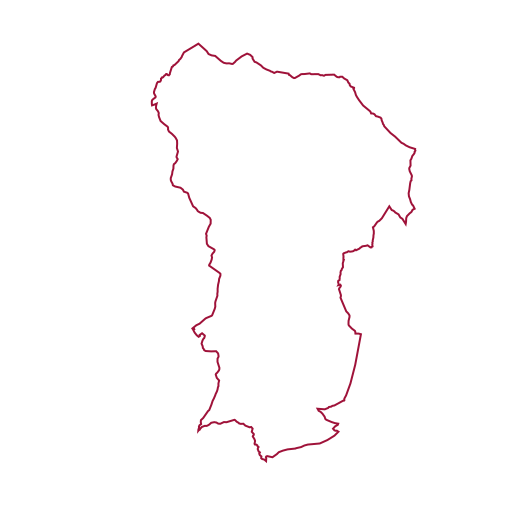 the district of Tomesti, Timis, Romania, rotated 195°
{"feature_id": "2599482B57417690654468", "entity_name": "Tomesti", "entity_type": "district", "adm_level": 2, "iso_a3": "ROU", "parent_name": "Romania", "parent_adm1": "Timis", "projection": "mercator", "projection_center": [22.341, 45.744], "detail": "fine", "context": "isolated", "style": "outline", "palette": "rose", "viewbox_px": 512, "rotation_deg": 195, "n_neighbors": 0, "source": "geoboundaries", "source_scale": "gbopen_adm2", "svg_char_len": 6075}
<svg xmlns="http://www.w3.org/2000/svg" viewBox="0 0 512 512"><g transform="rotate(195 256 256)"><path d="M378.3,434.0L379.2,430.1L379.3,428.9L380.1,426.8L381.1,425.3L381.2,424.2L384.2,419.3L385.1,418.8L385.3,417.6L386.2,416.8L386.5,410.3L386.3,409.3L386.9,408.0L388.0,407.9L389.3,408.7L390.0,408.4L390.4,407.2L391.1,406.7L392.0,404.6L393.0,404.2L393.1,403.4L393.7,402.8L393.3,401.4L393.6,399.8L394.0,399.4L395.8,398.8L396.4,397.3L396.5,392.4L396.9,391.2L397.0,387.9L396.5,386.6L394.3,384.3L394.1,383.8L394.2,383.1L395.9,381.0L396.7,379.6L396.7,378.5L396.0,376.0L395.4,374.6L393.4,375.9L391.4,377.5L391.4,375.4L391.0,373.2L390.5,372.2L388.2,370.5L387.1,369.2L386.8,368.4L386.7,367.1L385.6,365.1L383.1,361.7L378.8,359.6L374.8,358.0L374.1,357.1L373.7,355.4L372.3,353.7L368.8,352.2L365.5,350.3L364.3,349.4L362.2,347.2L361.2,344.0L360.4,339.9L358.4,336.7L358.5,331.4L358.2,330.7L356.7,329.3L357.1,327.4L358.0,324.9L359.1,323.4L359.1,322.0L358.4,319.0L358.6,316.1L358.2,313.2L358.5,309.2L358.0,307.4L357.3,306.3L355.3,304.2L354.6,302.8L352.1,302.2L346.6,302.4L343.8,301.2L342.3,299.5L338.9,299.3L337.8,298.8L335.5,294.9L329.6,287.7L326.8,286.7L325.1,285.5L324.0,284.4L323.1,284.0L320.7,283.4L318.4,283.8L313.7,282.2L310.5,280.8L309.1,279.2L308.2,275.5L309.1,272.1L310.0,264.5L308.9,262.8L308.8,261.3L306.6,255.1L304.5,253.2L298.3,251.6L297.5,251.1L297.4,250.7L297.5,249.2L298.6,247.1L299.1,244.9L298.1,243.3L297.9,241.1L298.2,237.9L298.9,235.5L298.8,234.6L286.8,230.2L285.7,229.5L285.3,227.7L285.7,224.3L285.3,222.0L285.2,218.6L284.6,214.4L283.8,211.5L283.6,209.5L283.0,207.6L283.4,201.8L283.3,200.1L282.2,196.5L282.2,194.2L283.0,187.7L283.1,187.2L283.6,186.6L288.1,183.1L288.8,182.3L293.0,176.0L295.7,173.7L298.7,169.5L298.1,169.0L297.8,169.3L297.9,169.5L297.1,169.8L296.7,169.3L297.6,168.5L295.4,166.1L292.7,164.1L290.5,163.1L289.5,164.3L290.0,165.1L288.1,167.4L284.9,165.9L284.7,165.0L284.8,163.3L285.3,162.6L285.8,160.6L285.9,157.2L284.2,155.1L283.5,153.4L282.6,152.8L281.6,151.6L280.0,151.2L274.5,152.3L269.9,153.7L267.8,152.4L267.3,151.9L266.2,149.5L266.2,148.6L266.6,147.0L265.8,143.8L262.4,138.5L262.1,137.1L262.2,135.9L263.3,133.2L264.1,132.0L264.2,131.0L262.3,128.1L259.4,126.2L259.3,123.1L258.6,120.6L258.8,119.4L258.6,117.1L258.7,115.1L259.3,111.9L259.3,111.0L259.8,107.5L260.4,104.8L260.6,100.8L261.3,95.1L262.2,93.8L265.1,85.8L266.7,83.2L266.4,81.4L265.5,79.4L266.7,78.0L267.0,76.6L266.6,75.5L266.7,73.4L266.5,72.3L266.1,73.2L265.5,73.5L265.1,74.9L264.0,76.9L261.5,78.7L260.0,79.0L259.0,79.6L257.5,81.1L256.1,83.3L253.3,84.7L251.1,84.9L249.1,84.3L247.1,84.7L244.0,87.3L241.5,87.8L234.4,92.2L233.8,92.1L231.7,90.9L229.7,90.4L229.0,89.9L227.3,89.9L224.8,90.7L222.4,89.4L217.8,88.9L216.4,89.6L214.6,88.4L214.6,85.1L212.0,83.4L211.9,82.5L212.4,81.4L212.4,80.8L210.3,78.9L209.2,77.4L209.0,76.9L208.8,74.2L208.1,73.6L207.2,73.9L206.5,73.8L205.7,73.4L205.2,72.6L204.1,72.1L204.4,71.0L204.4,70.0L202.8,67.8L201.4,67.3L201.7,65.9L200.8,64.7L198.9,63.8L198.7,62.1L197.6,61.5L195.3,61.5L193.2,60.5L193.8,63.4L194.4,64.3L194.2,65.0L193.4,65.6L188.0,65.9L184.6,70.0L183.2,72.4L179.6,75.0L175.4,77.4L167.9,80.3L167.6,80.7L163.0,83.1L160.2,85.5L157.1,87.3L145.9,91.4L139.4,96.7L133.7,102.8L130.9,107.6L132.7,108.2L133.9,107.8L135.1,107.9L136.9,109.1L135.5,111.9L133.3,114.1L133.2,115.3L136.6,115.0L140.1,115.2L145.7,116.0L146.9,116.6L148.1,118.5L151.0,120.9L153.3,122.2L155.4,122.7L157.0,124.4L149.9,125.7L147.0,127.9L146.5,129.0L144.3,130.0L143.5,131.0L141.6,131.9L134.5,138.7L133.5,139.1L133.3,139.6L133.7,140.5L133.7,141.4L132.9,144.6L131.8,157.3L132.0,176.5L134.4,207.6L136.7,207.6L139.9,206.8L140.4,208.3L141.1,209.3L144.6,210.7L148.4,213.0L149.0,214.0L149.8,217.3L149.9,221.4L150.3,222.8L152.0,224.4L154.5,225.9L163.6,237.6L163.6,239.4L164.0,240.4L167.3,245.5L167.2,246.4L166.4,248.3L166.3,249.2L167.1,250.1L168.9,249.1L168.7,249.9L170.0,252.1L170.1,253.4L169.1,254.3L169.4,256.3L169.8,257.4L169.6,260.5L170.1,261.9L170.2,263.7L169.7,264.5L169.7,265.8L169.1,267.7L170.3,271.4L170.2,274.7L170.5,274.6L171.2,277.3L171.2,277.7L172.3,280.6L172.0,281.3L169.8,282.9L169.2,283.1L168.0,284.5L166.3,284.5L164.3,285.3L163.1,286.0L161.9,287.8L160.9,287.4L158.0,289.9L157.3,291.2L156.4,291.9L156.0,292.7L155.3,293.1L152.4,294.3L151.0,295.2L147.6,293.9L146.7,294.2L146.7,294.7L145.9,295.4L146.7,297.3L146.7,298.2L147.1,299.0L147.0,300.4L147.3,301.3L147.4,304.1L147.9,306.5L148.0,308.1L148.7,310.7L150.5,314.0L149.5,315.2L147.8,319.9L147.2,320.8L146.0,321.9L144.2,325.0L140.1,338.5L136.8,335.5L135.5,335.4L133.9,334.9L132.8,334.1L129.1,333.1L126.6,330.6L124.2,329.8L119.7,325.6L119.9,327.7L120.7,331.5L120.5,333.6L118.6,337.0L117.3,338.7L116.7,341.2L115.0,342.7L117.4,345.5L118.5,346.0L120.4,348.2L121.9,350.8L123.7,353.2L124.8,356.1L125.0,359.5L125.9,366.1L126.0,368.3L125.4,369.3L125.9,370.8L126.0,373.3L126.4,374.2L129.4,377.6L130.5,379.7L130.7,380.6L130.1,383.3L131.6,388.4L131.1,390.1L130.9,393.1L129.9,395.3L129.5,396.8L129.8,397.6L129.3,399.0L129.9,399.9L130.0,400.6L135.8,400.8L139.9,401.6L142.5,402.6L144.8,403.0L152.5,407.3L157.9,409.6L165.7,414.5L166.5,415.7L167.6,416.5L168.0,417.4L169.8,419.7L170.4,421.1L171.5,421.9L174.5,422.2L176.3,422.1L178.3,423.6L179.9,423.9L181.7,423.5L182.7,424.9L183.6,425.5L191.5,429.1L196.9,433.3L199.8,435.9L201.2,437.4L202.7,439.9L205.2,442.7L204.7,443.6L204.8,443.9L208.4,444.3L209.7,445.4L210.3,446.7L211.7,447.4L213.3,449.4L216.8,450.3L219.1,451.5L221.2,450.9L221.7,450.2L223.2,449.9L224.4,450.0L227.5,451.4L235.8,448.9L237.0,447.7L238.9,447.8L240.4,447.3L242.8,447.8L249.8,445.9L251.3,446.3L256.0,444.4L259.0,443.5L259.8,443.0L260.9,441.5L264.5,438.0L265.4,437.7L267.2,438.1L270.1,439.5L271.0,439.5L271.7,440.6L283.4,439.5L285.8,437.5L288.1,438.1L289.4,438.1L290.5,438.5L294.3,438.9L297.7,439.7L300.6,441.4L305.7,443.1L307.6,443.2L310.4,445.8L310.8,447.2L311.3,447.5L313.7,448.8L317.0,449.2L321.5,445.1L325.8,439.6L326.5,438.0L328.1,435.6L328.8,435.3L331.6,435.2L334.4,434.4L335.9,434.3L337.3,434.3L340.5,435.4L347.2,438.7L350.8,438.3L354.1,438.8L356.6,441.1L366.6,446.2L378.3,434.0Z" fill="none" stroke="#9f1239" stroke-width="2"/></g></svg>